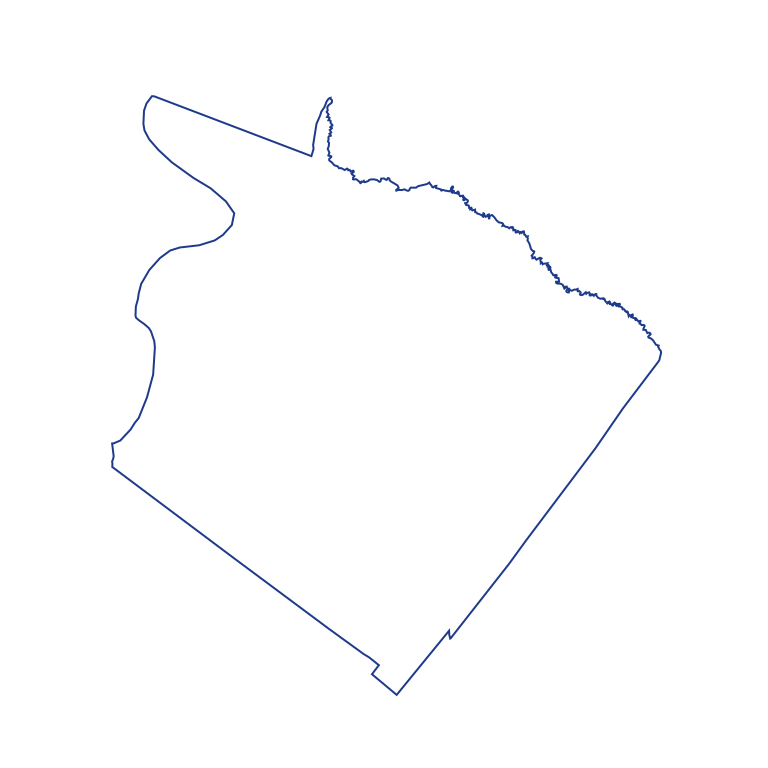 the district of San Pedro, Buenos Aires, Argentina, rotated 264°
{"feature_id": "61730980B44314370056359", "entity_name": "San Pedro", "entity_type": "district", "adm_level": 2, "iso_a3": "ARG", "parent_name": "Argentina", "parent_adm1": "Buenos Aires", "projection": "orthographic", "projection_center": [-59.651, -33.797], "detail": "fine", "context": "isolated", "style": "outline", "palette": "blue", "viewbox_px": 768, "rotation_deg": 264, "n_neighbors": 0, "source": "geoboundaries", "source_scale": "gbopen_adm2", "svg_char_len": 6164}
<svg xmlns="http://www.w3.org/2000/svg" viewBox="0 0 768 768"><g transform="rotate(264 384 384)"><path d="M123.9,423.2L124.0,423.6L192.2,489.7L213.2,508.6L297.9,587.5L335.0,619.3L376.7,658.4L378.9,660.3L386.3,662.9L388.3,662.6L389.5,661.6L392.4,660.5L393.5,661.2L394.6,658.6L399.4,656.1L401.4,654.2L402.5,652.0L403.5,651.7L404.8,653.1L405.1,653.9L405.7,654.4L406.6,654.1L407.4,653.0L407.1,651.2L410.4,650.0L410.8,647.6L411.9,647.8L414.5,649.3L415.3,648.9L415.7,648.0L415.6,646.4L417.1,645.2L417.4,644.5L418.3,644.6L419.3,645.6L419.9,645.7L420.1,645.4L419.6,643.5L421.3,642.5L421.3,640.9L421.7,640.6L422.7,641.6L423.1,641.3L423.6,639.0L424.0,638.2L424.6,638.1L426.2,638.7L427.2,638.5L427.1,638.0L426.6,637.4L425.2,637.3L424.8,636.7L427.0,635.6L427.2,635.2L426.1,634.4L430.0,634.0L430.0,633.0L430.9,633.0L430.8,631.9L431.2,631.5L433.1,630.8L433.3,629.1L433.9,628.9L434.9,629.1L435.6,628.3L436.4,627.0L436.6,625.6L437.5,625.6L438.5,626.9L439.1,626.8L439.2,624.1L438.5,623.6L437.4,623.6L437.4,623.3L438.2,622.9L439.3,622.9L439.5,621.6L440.4,622.4L440.9,621.7L439.8,620.0L438.2,620.1L438.1,619.4L439.6,618.3L439.9,617.1L441.3,617.5L442.5,616.9L442.0,615.3L441.0,615.3L440.7,614.6L443.3,612.8L445.3,612.3L445.5,611.0L446.3,611.1L446.2,608.0L447.4,605.9L450.1,604.3L451.2,604.6L451.4,604.2L450.8,602.6L449.9,602.0L450.9,601.5L451.3,600.8L450.6,600.1L451.6,599.3L451.7,598.8L450.5,598.4L450.7,597.8L452.8,598.0L453.7,597.6L453.3,595.5L452.6,594.6L454.2,594.2L452.0,591.1L451.7,590.0L452.0,589.0L452.3,588.4L452.9,588.2L454.1,589.2L454.8,589.0L456.2,587.7L455.8,586.6L456.1,586.3L458.3,586.5L457.8,584.9L458.0,583.0L457.1,580.6L457.9,578.9L459.3,578.2L458.9,577.6L456.2,577.7L455.7,577.3L455.8,576.4L456.7,575.1L457.5,575.0L459.6,576.8L460.4,576.4L460.8,575.7L461.7,575.9L461.8,574.3L460.3,573.9L460.0,573.4L464.1,572.0L465.3,570.1L465.9,566.6L466.6,565.8L467.7,565.8L467.7,566.5L467.2,568.0L467.6,568.8L471.0,568.7L471.8,565.7L472.2,565.3L473.1,565.5L473.6,567.1L474.3,567.0L474.6,566.5L474.4,564.0L474.6,563.6L475.8,563.3L477.5,562.0L480.6,561.5L480.2,560.6L480.3,559.7L481.5,559.6L482.0,561.3L482.5,561.7L483.0,561.5L483.5,559.0L483.9,559.1L484.5,560.4L485.0,560.1L484.7,558.6L484.9,558.3L485.9,558.5L487.0,559.3L486.9,555.0L486.5,554.3L488.5,553.8L488.7,553.4L488.0,552.6L489.4,552.7L490.6,552.3L491.4,552.6L492.4,553.8L493.1,552.9L493.2,552.0L491.7,548.7L492.4,548.0L494.3,547.2L493.4,545.3L493.5,544.7L495.6,544.9L496.1,544.3L498.6,546.7L500.0,547.3L500.5,546.9L500.7,545.9L502.9,544.3L508.7,543.2L511.8,541.7L513.9,542.3L514.8,541.9L515.8,542.4L515.7,540.8L517.5,540.1L518.0,539.1L521.1,539.1L521.3,538.3L519.9,536.8L520.8,536.3L520.9,535.7L519.9,535.2L519.6,534.7L521.9,533.7L522.2,533.2L521.1,532.3L520.8,531.0L521.0,530.8L523.3,531.0L523.6,530.3L523.2,529.1L523.3,528.7L524.4,529.0L525.3,528.0L526.0,528.6L526.6,528.4L526.7,526.2L525.7,524.9L527.2,523.2L527.7,521.3L529.0,519.8L528.8,518.3L529.4,518.5L530.2,519.3L531.2,518.9L531.9,517.9L532.8,515.0L534.9,513.1L538.2,511.2L540.7,509.2L540.7,508.5L539.9,506.9L539.3,506.4L537.7,506.1L537.7,505.7L539.5,505.3L540.7,506.3L541.7,506.1L541.4,504.8L540.3,503.9L539.6,502.6L540.1,502.0L542.9,501.4L543.4,500.7L542.3,500.3L540.4,500.8L539.9,500.1L541.6,498.9L543.3,496.0L543.7,494.6L544.9,494.0L545.4,492.6L547.9,492.8L547.4,490.1L548.8,488.9L548.7,488.0L549.1,488.1L549.6,489.5L550.2,489.3L550.2,487.1L552.5,487.0L552.8,486.7L553.4,484.5L554.5,484.5L555.0,483.6L555.4,483.6L555.5,485.1L556.0,486.0L557.3,486.6L558.2,486.3L559.4,484.7L558.4,482.9L558.5,482.3L559.4,482.1L560.8,483.6L561.4,483.2L561.6,482.1L563.0,482.3L563.1,481.4L562.7,479.9L563.0,479.1L565.0,478.5L565.9,476.5L566.9,478.3L567.6,477.8L566.5,475.7L566.4,474.7L567.0,473.7L568.8,473.6L569.1,473.0L567.1,472.0L567.5,471.3L569.0,471.8L570.3,471.6L572.3,473.3L573.1,473.2L573.2,472.5L572.1,471.4L569.7,470.6L568.9,469.5L569.0,468.0L569.7,466.4L569.7,465.6L570.7,463.3L570.8,462.4L570.3,461.6L570.5,461.1L571.6,460.9L573.5,456.2L573.8,456.0L575.6,456.7L575.6,455.5L574.4,453.4L574.7,452.7L577.0,451.7L578.4,450.5L579.6,450.2L578.3,447.5L577.2,438.6L575.9,436.4L576.5,431.3L575.7,430.2L574.2,429.5L573.6,428.2L573.9,427.2L575.5,424.6L575.0,422.3L575.5,418.2L575.0,416.5L575.7,416.4L577.5,419.1L580.0,418.3L585.0,411.7L586.1,410.9L587.4,410.8L588.3,410.1L588.3,409.2L586.8,408.2L586.8,407.4L588.4,405.5L588.6,402.7L586.1,401.8L585.5,400.9L585.7,400.3L587.6,398.4L588.6,395.2L588.8,392.2L588.5,390.6L587.5,389.5L586.7,386.3L586.8,385.7L588.1,385.2L587.2,384.1L587.7,382.8L586.4,382.1L586.2,381.5L587.6,380.8L590.4,378.0L590.7,376.9L590.5,375.3L590.9,374.6L592.6,374.9L593.9,376.3L595.8,374.1L596.6,373.7L598.1,376.1L598.7,376.1L599.4,375.6L598.8,373.0L600.5,372.3L600.3,370.8L601.5,370.5L602.1,369.8L600.9,367.4L603.2,363.9L603.3,361.8L605.3,360.7L606.7,357.5L610.0,355.2L611.3,353.6L612.5,352.8L613.8,353.2L615.1,355.1L615.8,355.4L616.3,354.9L616.8,352.7L617.0,352.5L619.8,353.9L623.7,352.6L625.9,353.8L629.6,354.6L631.0,353.6L632.8,354.4L635.2,354.5L636.1,355.1L636.4,357.0L637.3,357.0L638.5,355.9L639.7,357.8L642.3,356.6L643.6,358.9L644.1,358.9L645.1,357.4L645.4,357.6L646.4,359.7L647.0,359.7L649.2,358.2L651.3,358.4L651.7,358.0L652.1,356.3L654.4,357.7L655.0,357.2L655.5,355.3L657.8,357.1L660.6,355.4L661.9,356.6L664.9,356.5L665.8,356.9L667.0,357.9L669.1,361.2L669.8,361.7L671.7,361.9L673.1,360.7L674.2,360.8L673.9,359.5L673.3,358.5L670.9,356.4L665.7,353.8L661.3,350.1L657.8,348.6L649.9,344.1L629.1,338.5L625.1,338.5L618.2,335.6L694.1,185.6L694.5,183.3L687.8,177.1L680.9,173.9L667.8,171.9L661.2,172.3L651.8,176.1L640.4,184.1L626.6,196.2L608.9,216.0L596.7,232.1L582.1,245.9L569.4,252.9L558.0,249.3L549.1,239.4L544.5,230.7L541.3,214.7L541.1,195.2L539.1,185.3L532.7,174.4L521.9,162.5L509.0,153.0L499.7,149.5L494.6,148.3L486.9,145.3L478.0,144.0L475.9,144.3L473.1,146.8L468.5,152.0L464.2,156.0L460.6,157.8L450.7,160.0L444.5,160.0L417.5,155.4L395.5,146.9L375.8,136.5L371.2,131.9L365.3,127.3L355.3,115.8L353.3,109.1L353.3,107.4L340.6,107.6L338.3,107.0L335.4,105.5L333.3,105.6L329.9,105.1L226.5,216.5L147.0,302.8L117.4,335.7L113.8,340.5L104.9,349.5L96.6,341.7L73.5,364.1L131.8,422.9L128.0,422.7L123.9,423.2Z" fill="none" stroke="#1e3a8a" stroke-width="2"/></g></svg>